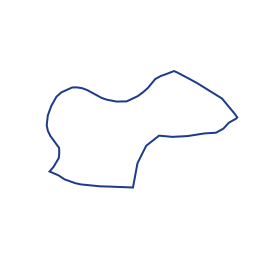 the district of Kangnam, P'yŏngyang, North Korea, rotated 42°
{"feature_id": "82179303B41089875582012", "entity_name": "Kangnam", "entity_type": "district", "adm_level": 2, "iso_a3": "PRK", "parent_name": "North Korea", "parent_adm1": "P'yŏngyang", "projection": "robinson", "projection_center": [125.6, 38.866], "detail": "fine", "context": "isolated", "style": "outline", "palette": "blue", "viewbox_px": 256, "rotation_deg": 42, "n_neighbors": 0, "source": "geoboundaries", "source_scale": "gbopen_adm2", "svg_char_len": 783}
<svg xmlns="http://www.w3.org/2000/svg" viewBox="0 0 256 256"><g transform="rotate(42 128 128)"><path d="M113.4,99.1L109.2,109.1L101.7,116.1L93.0,121.3L88.2,123.3L72.3,127.1L67.3,129.1L67.1,129.2L63.0,131.9L59.4,135.2L55.2,144.8L54.6,146.3L53.9,152.6L56.2,162.9L60.0,172.3L65.7,180.3L70.3,183.7L75.7,185.9L77.3,186.2L90.1,188.9L93.6,192.5L96.7,196.7L98.7,206.9L98.8,212.8L108.0,209.7L115.3,208.6L125.5,204.4L130.8,201.4L146.3,190.0L153.6,183.8L171.5,168.9L158.6,147.8L153.4,129.0L156.2,112.9L166.9,104.9L177.7,94.1L188.5,80.8L196.5,72.7L199.3,64.7L199.4,56.6L202.1,48.6L202.1,47.0L196.8,45.9L178.1,43.2L148.8,48.5L138.1,51.1L127.4,53.8L124.1,54.9L120.3,62.4L117.6,67.3L115.5,73.4L116.0,84.8L115.3,91.1L113.9,97.8L113.4,99.1Z" fill="none" stroke="#1e3a8a" stroke-width="2"/></g></svg>